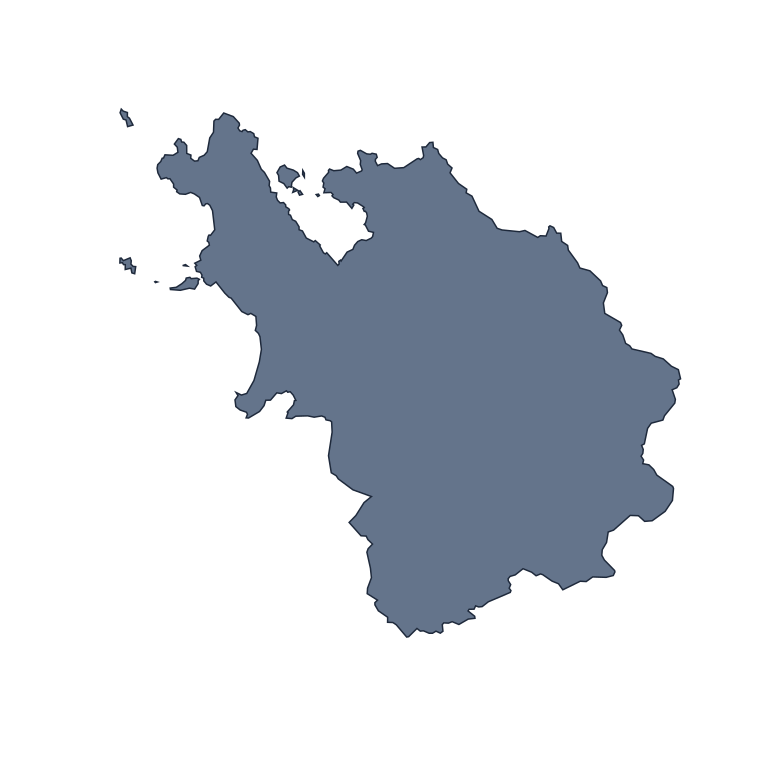 the district of Ninh Hoa, Khánh Hòa, Vietnam, rotated 189°
{"feature_id": "81297802B58839501230111", "entity_name": "Ninh Hoa", "entity_type": "district", "adm_level": 2, "iso_a3": "VNM", "parent_name": "Vietnam", "parent_adm1": "Khánh Hòa", "projection": "albers", "projection_center": [109.187, 12.544], "detail": "fine", "context": "isolated", "style": "filled", "palette": "slate", "viewbox_px": 768, "rotation_deg": 189, "n_neighbors": 0, "source": "geoboundaries", "source_scale": "gbopen_adm2", "svg_char_len": 6168}
<svg xmlns="http://www.w3.org/2000/svg" viewBox="0 0 768 768"><g transform="rotate(189 384 384)"><path d="M373.5,630.4L376.7,629.6L379.7,624.7L383.5,624.0L380.6,615.9L380.7,613.7L383.2,611.3L385.0,612.2L386.5,611.6L398.3,600.8L407.3,598.7L415.0,602.3L420.9,601.0L424.5,598.7L427.4,602.6L427.6,604.6L426.2,606.8L427.6,609.8L431.9,610.0L433.4,608.8L437.1,608.6L443.9,611.1L446.1,609.9L446.1,607.6L442.0,601.0L441.8,597.2L439.1,592.2L439.5,590.9L444.1,588.0L447.9,591.4L454.8,593.0L460.1,588.5L467.0,586.8L471.4,587.8L472.3,586.3L471.8,584.4L475.9,577.8L476.6,574.9L474.9,573.1L475.0,568.9L472.8,567.7L473.3,563.5L466.3,564.9L464.0,563.2L464.8,561.7L462.9,560.2L457.4,558.6L455.5,556.8L449.4,557.8L443.2,552.4L441.8,556.0L443.0,556.7L441.7,558.5L438.5,558.7L431.8,555.8L431.1,555.1L432.3,554.1L430.5,551.4L429.5,551.7L428.0,550.4L426.7,547.1L427.4,540.4L428.5,538.4L427.3,538.1L423.2,532.5L418.1,532.1L418.3,527.8L419.4,526.1L424.0,522.9L428.6,523.0L432.2,520.6L434.8,516.5L435.8,512.1L441.1,508.5L445.6,498.8L446.2,499.6L447.8,498.1L447.1,495.6L448.2,493.9L461.1,504.7L462.3,503.3L464.3,504.1L469.2,510.4L468.7,511.3L474.3,514.9L475.6,513.4L483.6,516.0L488.5,522.4L492.0,523.1L492.5,526.0L496.7,530.9L500.3,532.0L502.8,536.1L504.7,536.5L505.3,539.6L504.5,541.1L505.4,542.2L508.8,543.7L509.1,545.5L511.6,547.5L514.9,546.6L517.9,548.8L519.7,551.9L519.8,555.9L525.9,555.8L526.8,559.8L528.5,562.0L528.7,566.3L535.2,574.3L538.8,576.9L544.1,585.1L551.4,591.1L549.7,595.5L546.1,595.8L546.9,607.0L550.6,607.9L551.8,610.9L555.6,612.4L557.9,611.7L560.8,613.5L562.9,612.6L563.7,611.1L566.1,611.5L568.3,614.0L567.2,617.1L567.8,619.0L574.6,624.5L584.7,626.6L588.7,619.5L591.7,619.1L593.1,617.1L591.8,606.0L594.6,599.8L594.9,585.8L597.4,581.8L601.9,578.9L602.7,575.4L606.0,574.5L610.2,576.7L610.5,579.9L614.9,580.9L616.2,588.7L619.5,591.5L621.8,591.4L622.9,593.8L625.5,594.2L628.6,588.2L625.2,585.5L623.8,580.6L628.1,576.9L636.2,576.1L637.1,572.7L638.4,572.3L639.3,568.8L641.8,565.3L641.9,561.7L640.3,557.1L636.2,551.5L631.2,553.8L629.5,552.8L627.6,553.3L623.1,548.6L622.6,545.5L618.7,543.2L618.9,541.5L615.5,539.8L609.8,540.3L604.9,543.0L601.1,542.1L595.4,539.4L591.4,531.9L589.6,531.8L588.2,534.1L586.5,534.6L584.0,533.3L580.5,528.4L575.3,509.8L578.6,503.7L580.1,503.8L580.7,502.4L581.0,497.6L579.2,496.5L578.2,493.8L584.5,487.3L586.1,481.6L584.3,477.6L589.8,473.7L587.5,471.9L588.9,470.3L586.8,465.9L582.8,465.6L580.8,463.1L580.8,460.9L578.6,460.3L578.1,457.6L574.9,454.8L570.5,453.7L565.9,458.5L555.4,448.8L550.7,445.4L548.4,444.9L535.8,433.3L529.2,431.2L526.6,432.9L521.1,430.7L519.0,421.9L519.5,416.8L515.9,414.3L513.9,411.3L510.5,399.0L510.6,386.4L513.0,367.1L518.1,353.2L523.1,350.8L528.8,352.5L526.4,349.7L528.7,345.0L526.8,338.5L522.0,335.8L515.4,334.6L514.1,332.7L514.9,329.0L512.5,329.2L502.6,337.4L499.1,343.8L498.2,349.5L493.6,350.3L488.5,358.5L483.8,358.5L479.3,362.0L477.8,360.8L475.4,361.7L471.9,358.8L468.5,354.0L469.9,353.5L470.1,349.3L475.2,341.2L474.3,340.7L475.3,335.0L469.5,335.4L466.1,338.4L454.4,340.6L447.8,340.3L440.6,342.7L437.1,341.9L435.7,339.5L431.3,339.3L429.8,338.4L427.7,328.3L427.6,304.5L422.2,288.1L416.8,285.9L414.3,283.1L398.1,274.6L378.8,270.9L385.2,263.7L391.2,249.7L396.8,241.8L383.0,230.5L377.8,231.0L375.6,227.8L370.3,224.1L373.9,218.9L374.6,215.2L368.6,200.0L366.1,190.7L368.3,179.8L367.8,174.3L356.6,169.5L358.8,166.6L358.4,164.4L354.1,159.1L343.9,154.2L343.2,149.2L337.9,149.8L334.2,148.1L322.0,137.6L320.1,138.3L313.2,147.7L309.5,145.6L306.5,146.4L300.5,144.9L297.1,145.4L294.0,148.0L289.4,146.7L287.1,149.0L288.8,155.5L287.6,157.4L282.9,157.9L279.5,159.9L272.4,158.2L264.0,165.0L257.5,166.8L258.1,168.8L265.5,173.0L264.7,174.8L259.8,175.7L258.8,179.2L255.6,178.6L252.2,179.5L246.9,185.2L226.7,197.9L226.3,199.8L228.4,201.9L227.5,205.7L230.5,209.1L230.9,211.1L229.4,213.7L224.5,216.0L217.8,223.3L208.7,221.2L203.8,218.4L199.7,220.9L197.4,220.5L187.2,215.6L180.4,214.0L175.2,208.7L159.3,219.9L153.4,220.5L147.7,226.1L134.3,227.8L127.6,230.7L126.5,234.5L127.1,235.9L138.8,244.6L142.1,248.9L142.5,254.5L139.4,262.3L139.4,272.9L134.4,275.6L120.3,292.7L112.1,293.7L105.1,289.1L97.7,290.9L86.4,302.2L80.9,314.1L81.7,326.1L82.8,328.0L100.3,336.7L104.2,341.7L109.7,345.6L116.0,345.8L115.7,349.5L118.8,352.9L117.5,356.0L117.7,359.9L120.0,363.7L117.5,365.6L116.7,381.4L113.9,387.1L102.9,392.0L102.0,396.5L93.8,410.6L93.8,414.4L98.5,423.4L94.2,426.1L92.5,430.1L93.8,434.0L91.9,435.5L95.5,444.2L102.9,446.5L112.1,452.5L120.5,453.7L125.0,456.0L144.6,457.4L147.3,460.2L151.7,461.9L155.8,469.8L159.9,474.1L158.4,479.1L160.0,481.7L177.0,488.3L180.0,498.4L177.6,509.2L179.0,514.1L183.5,515.4L186.2,519.7L198.3,528.0L208.7,529.2L211.8,534.0L222.9,545.1L224.3,549.6L230.8,552.6L233.0,560.6L237.0,560.0L240.9,565.1L244.8,566.2L245.9,564.9L245.4,563.3L247.1,555.5L252.8,554.9L255.0,552.8L268.8,557.7L274.0,555.6L291.5,554.6L296.6,555.5L303.2,563.4L317.2,569.5L326.5,583.3L332.8,585.7L332.7,589.3L341.8,593.7L351.8,602.9L350.6,608.0L355.5,611.1L357.7,615.2L361.6,616.5L366.0,620.3L367.7,624.0L372.2,625.3L373.5,630.4ZM514.3,566.3L510.3,562.3L509.0,564.0L506.4,563.9L506.5,568.8L503.2,573.8L500.1,576.1L502.5,579.2L507.0,581.1L513.6,582.0L516.5,584.7L520.5,582.1L522.8,576.0L520.8,573.6L519.4,567.9L514.3,566.3ZM609.7,443.9L599.8,444.7L591.1,448.2L585.9,448.1L583.3,454.0L583.7,457.1L582.7,458.5L585.3,459.3L591.0,457.9L592.4,459.0L595.9,457.7L596.2,455.3L599.3,451.5L604.3,447.0L610.2,445.3L609.7,443.9ZM652.1,458.8L650.4,454.3L647.5,453.9L647.6,461.1L650.2,460.9L652.7,462.8L652.9,466.2L654.5,468.9L660.7,465.1L663.3,467.3L664.4,466.9L663.8,462.2L661.3,462.9L660.0,461.2L658.2,461.4L657.5,456.6L652.1,458.8ZM680.1,604.4L677.5,598.1L672.4,600.5L677.0,606.7L679.3,607.9L679.9,612.0L684.2,612.7L686.5,614.4L687.1,610.6L682.9,604.8L680.1,604.4ZM497.0,557.3L494.1,558.6L497.2,561.8L498.9,560.1L497.0,557.3ZM503.6,561.9L504.1,559.0L499.5,561.8L504.4,563.8L503.6,561.9ZM497.6,582.2L497.2,578.3L495.0,575.8L495.6,579.7L497.6,582.2ZM480.6,560.5L478.7,558.8L477.3,560.0L478.4,561.3L480.6,560.5ZM598.7,470.9L601.4,469.5L596.5,469.7L598.7,470.9ZM626.4,449.1L625.6,448.4L623.8,449.3L625.8,449.6L626.4,449.1Z" fill="#64748b" stroke="#1e293b" stroke-width="1.5"/></g></svg>